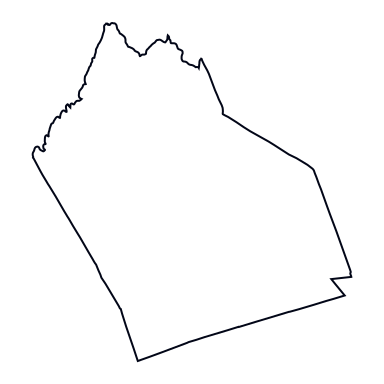 Tan Hong, Ðong Tháp, Vietnam
{"feature_id": "81297802B34572770830938", "entity_name": "Tan Hong", "entity_type": "district", "adm_level": 2, "iso_a3": "VNM", "parent_name": "Vietnam", "parent_adm1": "Ðong Tháp", "projection": "equal_earth", "projection_center": [105.442, 10.879], "detail": "fine", "context": "isolated", "style": "outline", "palette": "ink", "viewbox_px": 384, "rotation_deg": 0, "n_neighbors": 0, "source": "geoboundaries", "source_scale": "gbopen_adm2", "svg_char_len": 5578}
<svg xmlns="http://www.w3.org/2000/svg" viewBox="0 0 384 384"><path d="M344.7,295.5L335.0,283.7L331.3,279.1L351.3,276.9L351.2,276.2L350.7,275.0L350.3,273.8L350.3,273.1L350.6,272.6L350.7,272.2L350.7,271.7L350.6,271.4L350.1,269.8L336.3,231.1L329.9,214.1L326.7,205.3L321.0,189.3L318.9,184.1L316.3,176.9L314.8,173.2L314.0,170.8L313.4,169.7L312.5,168.7L307.4,164.8L296.5,158.2L288.9,154.5L274.0,144.9L268.7,141.6L250.3,131.3L243.5,127.0L236.6,122.3L228.2,117.0L224.8,115.3L222.9,114.2L222.7,113.8L222.9,111.4L222.8,109.4L222.6,107.8L221.7,105.2L218.8,99.3L217.4,95.7L215.0,90.2L210.4,77.9L208.9,73.9L207.2,70.3L204.1,64.7L202.3,60.9L201.6,58.9L201.2,58.7L201.1,58.9L200.3,59.7L199.9,60.2L199.6,61.0L199.4,62.1L199.4,63.3L199.3,64.1L199.1,65.4L199.1,66.2L198.9,67.3L198.8,67.9L198.7,67.7L198.2,67.3L197.7,67.1L196.7,67.0L196.3,67.1L195.8,67.2L195.6,67.1L194.8,66.5L194.4,66.2L193.2,65.5L191.7,65.0L190.2,64.8L189.1,64.4L188.3,63.8L187.1,62.6L186.6,62.2L186.0,61.9L185.0,61.6L183.6,61.5L182.9,61.2L182.7,61.1L182.2,60.3L181.9,59.7L181.7,59.2L181.6,58.7L181.6,57.9L181.6,56.9L181.7,56.0L182.0,55.0L182.6,53.5L182.6,52.8L182.6,52.0L182.4,51.3L182.1,50.8L181.8,50.6L180.6,49.9L178.5,49.1L178.2,48.9L177.7,48.2L176.6,45.0L176.1,44.2L175.6,43.8L175.0,43.5L174.3,43.3L171.2,43.2L170.9,43.0L170.7,42.6L170.6,42.1L170.5,40.9L170.3,40.2L169.4,39.3L169.2,39.0L169.2,38.7L169.0,37.0L168.7,36.3L167.8,35.4L167.5,36.8L167.5,37.2L167.4,38.5L167.3,39.2L167.1,39.9L166.5,40.7L165.4,42.3L165.1,42.4L164.8,42.3L163.8,42.0L163.3,41.7L162.5,41.2L161.7,40.6L160.9,40.1L160.2,39.8L159.7,39.7L159.3,39.7L157.0,40.1L156.6,40.3L155.8,41.2L155.3,41.9L154.8,42.5L154.5,42.8L153.5,43.3L152.9,43.8L151.7,44.8L151.2,45.4L150.7,46.0L149.8,46.8L149.2,47.4L148.3,48.5L147.0,49.7L146.5,50.5L146.3,51.2L146.1,52.2L146.0,53.7L145.9,53.8L145.7,54.0L144.7,54.5L144.2,54.6L143.1,54.6L142.5,54.6L141.8,54.8L141.1,55.3L140.4,56.0L140.1,56.1L139.9,56.1L139.8,55.9L139.6,55.5L139.3,54.0L138.9,53.3L138.3,52.6L137.9,52.3L137.1,51.9L136.1,51.5L135.6,51.3L135.0,50.9L134.6,50.6L134.3,49.9L133.8,49.4L133.2,48.9L132.5,48.4L131.7,48.0L129.8,47.2L128.9,46.9L128.3,46.8L128.0,46.5L127.9,46.3L127.5,45.5L126.9,44.4L125.8,42.8L125.6,42.3L125.5,41.6L125.5,40.6L125.5,39.7L125.3,38.6L125.0,37.8L124.6,37.0L124.0,36.4L123.5,35.9L121.3,34.2L120.6,33.8L120.2,33.7L119.8,33.3L119.6,32.9L119.0,31.3L118.6,30.7L118.3,30.2L117.6,29.6L117.4,29.2L117.0,27.9L116.5,25.3L116.0,24.5L115.5,23.9L115.1,23.6L114.5,23.3L113.9,23.3L113.4,23.3L112.2,23.0L111.7,23.1L111.1,23.4L110.5,23.9L110.0,24.7L109.7,24.9L109.4,25.0L108.1,24.8L107.9,24.7L107.9,24.4L108.0,24.0L107.3,23.6L106.1,23.6L105.9,24.2L105.7,24.3L105.2,24.6L104.6,25.1L104.2,25.8L104.1,26.7L104.2,29.3L104.1,30.5L104.0,31.0L103.3,33.0L102.9,34.3L102.7,35.2L102.4,36.1L102.2,37.0L101.8,38.1L100.8,40.4L99.6,42.6L98.4,44.3L98.0,45.0L97.7,46.0L97.4,46.7L96.4,48.6L96.0,49.4L95.9,50.2L95.8,51.6L95.7,52.5L94.9,55.0L94.6,56.3L94.5,57.2L94.3,57.8L93.4,57.8L92.7,58.2L92.3,58.7L92.2,59.3L92.3,61.2L92.1,61.8L91.8,62.3L91.4,62.9L91.1,63.5L90.6,65.6L90.5,65.8L90.2,66.1L89.6,66.7L89.2,67.4L88.7,68.7L88.2,70.4L87.8,71.1L87.3,72.0L86.5,74.0L85.3,75.9L85.0,76.4L84.8,77.9L84.7,79.1L84.7,80.6L85.0,82.2L85.1,82.6L85.5,83.3L85.7,84.1L84.4,84.3L83.8,84.5L83.3,84.9L83.0,85.5L82.7,86.7L82.4,87.2L82.1,87.8L81.5,88.5L80.9,89.3L80.2,90.1L79.6,90.9L79.2,91.9L79.0,93.6L78.8,95.3L79.0,96.6L79.3,97.4L80.0,98.1L81.1,98.8L81.6,99.0L81.4,99.2L80.8,99.8L80.1,100.3L79.5,100.7L79.2,100.8L77.4,100.8L76.6,101.0L76.1,101.4L75.5,102.1L74.9,102.9L74.5,103.8L74.1,104.3L73.8,104.4L73.3,104.3L73.0,104.1L72.5,103.8L72.0,103.5L71.5,103.5L70.9,103.8L70.5,104.5L70.4,105.9L70.3,107.5L70.2,107.4L70.0,107.2L68.8,105.9L68.4,105.3L68.4,104.9L68.0,104.5L67.5,104.3L66.8,104.9L66.1,105.8L65.9,106.9L66.1,108.7L66.2,109.2L66.5,110.5L66.6,111.0L66.6,111.6L66.5,111.9L66.4,111.9L65.7,111.7L65.3,111.4L65.1,111.1L64.5,110.7L64.1,110.6L63.7,110.5L62.8,110.7L62.1,111.3L61.6,112.1L61.0,113.2L60.6,114.3L60.5,114.8L60.1,116.5L60.1,117.4L60.0,117.7L59.9,117.9L59.6,117.8L59.3,117.7L58.6,117.1L58.1,116.8L57.4,116.8L56.7,117.1L56.1,117.6L55.5,118.4L54.0,120.8L53.6,121.6L53.4,122.3L53.1,122.8L52.9,123.1L52.6,123.3L52.1,123.4L51.5,123.8L51.1,124.5L49.9,128.1L49.7,128.7L49.5,129.9L49.2,130.9L48.8,132.1L48.5,133.8L48.5,134.8L48.6,135.8L48.6,136.3L48.4,136.4L47.4,135.7L47.1,135.4L46.7,135.2L46.2,135.4L45.7,135.8L45.3,136.3L45.0,137.3L44.9,138.3L44.8,140.3L44.8,141.6L45.0,142.5L45.5,143.5L45.6,143.9L45.4,144.1L45.2,144.1L44.9,144.1L44.3,144.2L43.8,144.7L43.4,145.2L43.2,146.1L43.3,147.0L43.4,147.9L43.7,148.7L44.2,149.2L44.7,149.5L44.9,149.7L44.9,149.9L44.9,150.1L44.0,151.0L43.5,151.3L43.1,151.2L42.8,151.2L42.1,150.8L40.5,150.0L40.2,149.7L39.5,148.8L39.4,148.5L39.1,147.6L38.8,147.2L38.3,146.9L37.7,146.6L37.0,146.7L36.4,146.8L35.6,147.2L35.0,147.9L34.6,148.7L34.3,149.9L33.7,151.5L33.2,152.2L32.8,153.2L32.7,154.1L32.7,154.7L32.8,155.6L33.2,156.9L33.2,157.2L33.2,157.3L33.0,157.7L33.6,158.4L33.9,158.9L40.5,171.3L42.5,174.9L47.0,182.4L47.8,183.8L49.2,185.9L55.8,196.7L57.3,199.3L64.3,211.4L66.5,215.0L67.0,215.9L68.8,218.7L73.1,226.1L77.6,233.5L79.9,237.2L88.5,252.1L92.8,259.4L93.8,261.2L94.9,263.0L96.1,264.6L98.4,270.3L100.4,274.7L101.4,277.7L105.5,283.8L110.4,292.0L118.8,306.1L119.9,308.4L120.8,309.0L122.1,313.7L124.3,320.7L126.2,326.7L133.7,348.6L137.0,358.6L137.8,361.0L148.8,357.1L161.9,352.3L187.2,342.8L188.6,342.1L196.4,339.8L204.6,337.1L228.0,330.1L238.6,326.8L238.8,327.0L256.2,321.7L289.1,311.8L289.6,311.8L299.0,309.2L313.8,304.8L326.1,301.0L333.5,298.9L344.7,295.5Z" fill="none" stroke="#020617" stroke-width="2"/></svg>